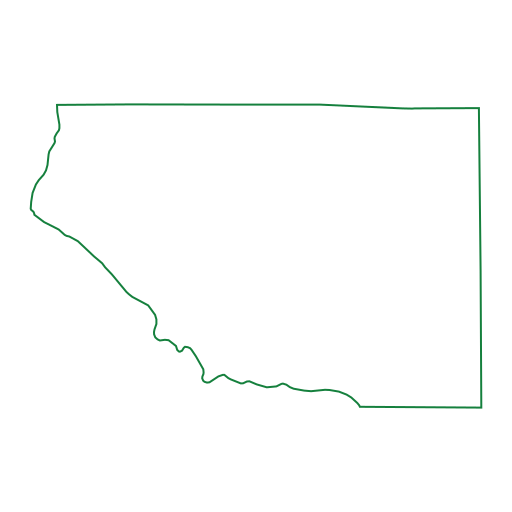 the district of Pierce, Wisconsin, United States of America
{"feature_id": "52423323B27488626523847", "entity_name": "Pierce", "entity_type": "district", "adm_level": 2, "iso_a3": "USA", "parent_name": "United States of America", "parent_adm1": "Wisconsin", "projection": "albers", "projection_center": [-92.581, 44.701], "detail": "fine", "context": "isolated", "style": "outline", "palette": "green", "viewbox_px": 512, "rotation_deg": 0, "n_neighbors": 0, "source": "geoboundaries", "source_scale": "gbopen_adm2", "svg_char_len": 1390}
<svg xmlns="http://www.w3.org/2000/svg" viewBox="0 0 512 512"><path d="M478.9,108.1L414.7,108.4L412.2,108.6L402.4,108.4L319.8,104.6L238.4,104.6L129.8,104.4L57.0,104.9L57.3,112.1L59.4,124.6L59.4,128.2L58.9,130.3L56.7,133.3L54.8,136.8L54.5,138.4L55.0,141.5L54.5,143.1L49.3,151.4L48.6,154.4L47.5,165.0L46.0,170.4L43.6,174.7L38.8,180.1L35.9,184.5L32.6,192.9L31.2,201.8L30.7,208.8L31.2,209.9L33.4,211.7L34.1,213.2L34.3,214.2L34.4,214.8L44.1,222.1L58.7,229.5L64.7,234.9L66.6,235.9L69.3,236.5L77.9,241.2L81.4,244.5L94.0,256.4L102.2,263.3L105.1,267.3L111.8,274.3L126.4,291.9L128.9,294.2L132.3,296.9L148.2,305.4L155.1,314.9L156.4,319.4L156.4,324.0L154.5,329.4L154.0,332.0L154.1,334.4L155.3,337.4L157.6,339.4L159.9,340.5L164.9,339.8L168.6,340.2L176.0,346.0L177.2,349.9L178.9,351.5L179.9,351.7L182.0,350.7L183.8,347.8L185.0,346.8L187.8,347.2L190.1,348.2L191.6,349.9L195.9,356.3L203.3,369.3L203.6,372.5L203.4,374.1L202.4,376.5L202.2,378.3L203.2,380.7L204.5,381.8L207.0,382.6L209.5,382.3L218.4,376.4L222.7,374.9L224.4,374.9L228.3,378.1L230.8,379.4L240.8,383.4L243.1,383.3L246.9,381.5L249.4,381.3L256.7,384.4L266.8,387.3L276.4,386.4L281.4,383.9L282.9,383.6L286.4,384.7L289.8,387.1L293.6,388.7L304.2,390.6L311.1,391.2L325.0,389.8L329.5,390.0L338.9,391.6L346.6,394.6L351.3,397.5L357.4,403.1L359.2,405.3L359.9,406.8L481.3,407.6L480.6,271.3L478.9,108.1Z" fill="none" stroke="#15803d" stroke-width="2"/></svg>